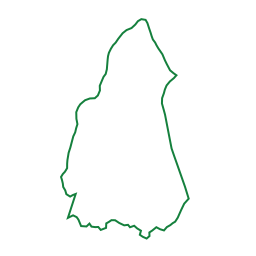 Conchal, São Paulo, Brazil (Robinson projection), rotated 183°
{"feature_id": "56859067B87062650378745", "entity_name": "Conchal", "entity_type": "district", "adm_level": 2, "iso_a3": "BRA", "parent_name": "Brazil", "parent_adm1": "São Paulo", "projection": "robinson", "projection_center": [-47.137, -22.383], "detail": "fine", "context": "isolated", "style": "outline", "palette": "green", "viewbox_px": 256, "rotation_deg": 183, "n_neighbors": 0, "source": "geoboundaries", "source_scale": "gbopen_adm2", "svg_char_len": 1546}
<svg xmlns="http://www.w3.org/2000/svg" viewBox="0 0 256 256"><g transform="rotate(183 128 128)"><path d="M82.4,183.2L85.4,185.1L89.0,187.8L92.7,194.0L94.7,197.6L97.5,203.4L101.8,209.0L103.8,212.0L105.4,214.8L107.8,217.7L109.2,221.0L110.4,224.3L112.4,229.3L114.1,233.8L116.1,236.9L120.4,237.4L123.7,235.2L126.1,231.7L129.7,228.0L134.6,225.7L138.3,222.4L142.4,216.6L144.8,212.6L147.2,209.9L149.2,206.3L151.0,202.1L151.7,198.7L151.9,195.5L152.2,185.5L153.1,180.8L155.1,177.8L156.5,174.0L158.4,168.7L158.0,164.0L159.8,158.9L162.7,156.0L167.6,155.5L172.3,153.5L174.6,151.4L176.9,149.2L178.8,146.0L180.5,141.1L180.0,134.5L178.7,129.2L179.8,124.9L180.5,120.9L182.2,116.8L183.3,111.6L184.6,105.3L186.0,100.1L186.4,96.4L186.8,93.0L186.9,89.2L186.7,84.7L188.7,81.0L190.7,78.6L192.3,75.6L191.2,72.6L190.2,69.2L189.6,65.7L187.4,62.4L186.1,58.7L182.2,56.5L179.5,58.2L176.8,59.4L183.3,35.1L178.3,37.9L174.6,36.3L172.7,33.9L169.7,27.6L164.3,27.5L161.5,30.5L159.3,27.6L155.5,27.3L152.5,27.6L149.9,24.8L144.7,27.1L144.7,31.6L142.2,33.2L139.7,35.1L136.0,35.2L131.8,32.7L126.7,30.6L122.9,31.3L120.8,29.0L116.7,30.7L113.6,28.2L109.7,26.1L110.6,22.0L107.5,20.1L103.6,18.6L100.9,21.2L101.2,24.8L98.5,26.8L94.5,30.4L90.7,28.6L86.7,27.6L84.0,31.1L80.7,33.2L78.4,35.3L76.0,36.9L73.6,41.1L72.2,44.8L70.5,49.2L67.9,55.4L63.7,60.6L68.0,72.3L69.9,76.9L77.5,95.4L79.2,99.5L80.4,102.4L83.4,109.8L85.9,119.8L91.7,143.2L93.4,148.4L95.4,154.3L95.5,159.6L94.0,164.5L93.2,168.3L91.7,172.5L88.6,176.7L84.8,180.2L82.4,183.2Z" fill="none" stroke="#15803d" stroke-width="2"/></g></svg>